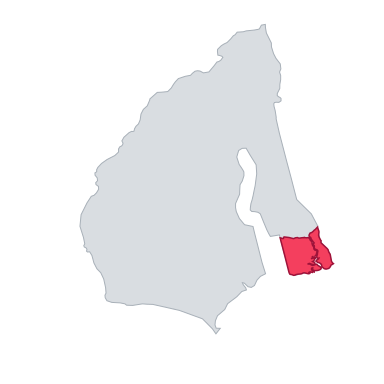 location of Ziguinchor within Senegal, rotated 255°
{"feature_id": "SEN-775", "entity_name": "Ziguinchor", "entity_type": "Region", "adm_level": 1, "iso_a3": "SEN", "parent_name": "Senegal", "parent_adm1": "", "projection": "natural_earth1", "projection_center": [-16.415, 12.748], "detail": "fine", "context": "in_parent", "style": "filled", "palette": "rose", "viewbox_px": 384, "rotation_deg": 255, "n_neighbors": 0, "source": "natural_earth", "source_scale": "10m", "svg_char_len": 5731}
<svg xmlns="http://www.w3.org/2000/svg" viewBox="0 0 384 384"><g transform="rotate(255 192 192)"><path d="M292.8,175.4L297.2,184.2L296.3,188.4L295.3,194.5L297.8,198.9L300.7,201.9L302.8,204.5L305.1,208.2L305.5,215.5L305.1,220.8L306.6,223.2L307.9,226.2L307.7,228.7L306.8,231.0L304.1,233.9L303.6,239.4L308.2,246.0L311.1,249.7L311.1,251.7L311.9,254.0L314.1,256.7L315.4,256.0L316.8,253.9L317.5,252.4L321.4,253.0L323.2,253.7L325.7,258.1L326.6,260.9L327.3,264.6L329.9,269.1L332.2,272.3L332.7,274.3L334.7,277.0L333.5,283.0L333.6,286.0L332.3,294.1L332.0,297.9L332.1,299.3L335.2,302.2L334.9,306.2L331.8,305.5L326.3,305.0L315.4,307.2L311.6,306.3L304.5,306.6L299.4,307.7L292.9,310.4L287.9,309.7L285.2,307.6L281.6,307.8L277.5,306.7L273.2,304.7L269.3,303.6L265.1,299.9L263.1,299.3L261.7,300.2L260.5,301.5L259.3,302.2L257.0,301.6L256.1,299.1L256.9,296.6L257.1,294.8L256.0,293.8L253.4,293.4L249.2,293.4L242.5,292.7L240.9,292.2L225.9,291.6L210.3,291.5L197.0,291.4L180.3,291.4L168.6,291.3L157.6,291.2L149.1,296.2L140.0,301.6L127.6,304.4L113.4,303.3L108.9,304.1L104.2,306.5L100.8,308.2L95.9,309.3L89.6,308.4L87.0,308.9L85.4,306.5L83.6,302.5L84.8,299.6L88.6,297.8L94.4,295.3L97.4,296.6L99.2,296.6L99.5,295.1L99.0,294.2L94.6,292.1L92.3,289.3L90.5,291.0L88.8,294.4L87.5,295.4L85.5,296.4L84.4,294.0L83.9,291.8L84.8,290.0L84.4,280.2L84.9,274.9L84.6,270.3L87.4,267.3L90.0,265.5L100.1,265.3L109.5,265.1L118.6,265.2L127.9,265.3L128.8,256.2L131.7,255.4L136.1,254.5L144.2,253.4L153.3,252.3L155.3,250.5L156.8,247.5L157.7,244.7L159.6,243.6L162.2,244.5L165.5,245.9L169.0,248.1L172.9,250.2L175.6,251.5L181.9,254.7L192.8,259.2L201.7,261.0L212.5,257.7L220.3,255.6L221.2,251.7L220.0,247.8L214.2,244.3L206.3,244.7L203.9,245.6L200.2,246.8L198.0,247.3L194.3,246.4L189.6,243.4L186.6,240.3L182.4,238.9L177.5,237.4L169.6,231.1L165.5,230.0L161.6,229.7L154.1,230.9L146.8,234.3L142.9,242.0L135.6,241.8L120.1,241.6L105.8,241.4L94.0,241.9L92.8,236.3L90.0,231.9L85.5,228.1L84.5,224.6L86.0,221.6L90.4,219.0L91.4,217.2L89.1,217.5L85.6,219.1L83.3,219.2L83.0,214.4L79.2,208.1L74.9,197.5L70.0,193.2L65.9,184.6L61.6,181.3L57.6,179.8L54.2,180.1L53.0,184.0L48.8,178.4L54.6,176.3L66.8,169.3L81.0,149.0L93.6,125.0L95.3,119.4L96.8,115.1L97.8,105.3L99.6,99.5L101.3,98.3L103.5,93.9L106.1,86.0L109.0,81.7L112.3,80.8L114.8,81.2L116.6,82.8L122.0,83.8L130.8,84.2L137.6,83.0L142.4,80.3L148.8,78.9L156.6,78.9L160.7,77.7L161.1,75.5L162.2,74.8L163.8,75.7L165.3,75.3L166.8,73.7L168.2,73.6L169.7,75.0L176.2,75.4L187.9,74.9L198.8,79.0L208.7,87.8L213.9,93.6L214.2,96.6L215.9,99.5L218.8,102.5L221.6,103.1L224.0,101.2L225.9,101.4L227.4,103.7L230.2,104.1L233.3,102.7L235.6,103.2L236.0,104.6L236.5,105.3L238.1,105.6L240.1,107.4L243.0,112.0L245.4,118.5L247.2,126.9L249.6,131.4L252.6,132.2L254.3,133.9L254.7,135.9L255.6,137.2L257.0,138.0L259.5,137.5L262.5,140.4L265.6,146.5L266.2,149.3L265.7,150.7L265.9,151.8L268.0,152.9L270.0,154.9L271.6,157.9L275.1,160.6L280.5,162.9L284.4,166.4L286.8,171.1L291.8,175.0L292.8,175.4Z" fill="#d9dde1" stroke="#a8b0b8" stroke-width="1"/><path d="M88.8,264.9L90.8,264.9L98.5,265.0L105.6,265.1L115.9,265.2L121.9,265.2L124.9,265.3L124.5,266.1L123.7,267.2L123.5,267.8L123.5,268.3L123.8,268.5L124.1,268.6L124.5,268.8L124.7,269.1L124.7,269.5L122.9,274.0L120.8,277.8L120.7,278.4L120.8,279.0L121.0,279.9L120.9,280.5L120.8,281.6L120.7,282.0L120.6,282.3L120.1,282.8L119.8,283.2L119.7,283.5L119.3,286.9L119.1,287.4L119.1,288.1L119.1,288.6L118.8,288.6L118.8,289.0L118.3,290.3L118.1,290.7L117.9,292.5L116.6,293.5L114.7,293.8L114.2,294.1L113.2,294.8L112.9,295.0L112.4,294.9L111.3,294.6L109.6,294.6L109.0,294.7L108.1,295.1L107.7,295.3L107.1,295.3L105.6,295.0L105.1,295.1L104.4,295.6L104.0,295.7L103.9,296.0L103.6,296.5L103.3,297.2L102.9,297.5L101.0,296.8L99.4,295.8L98.7,295.1L98.4,294.4L98.2,294.3L97.8,294.1L97.4,293.9L97.1,293.5L97.2,292.9L97.5,292.4L97.9,292.1L98.4,292.0L98.4,291.6L97.7,291.6L97.2,291.1L97.0,290.5L96.8,289.7L96.5,294.2L96.1,294.2L95.5,293.3L93.8,291.6L93.6,290.5L93.1,291.0L92.7,291.6L92.3,292.1L91.5,292.3L91.0,292.2L90.6,291.8L90.4,291.2L90.5,290.5L91.1,289.1L92.0,288.0L92.7,286.8L92.4,284.9L92.2,286.3L92.0,286.8L91.8,287.2L91.6,287.5L91.4,287.6L90.4,288.6L90.0,289.2L89.8,289.9L89.8,291.0L90.1,292.9L90.0,293.8L88.6,294.5L86.6,296.5L85.0,297.1L84.2,296.5L83.8,295.1L83.7,293.3L84.0,291.3L84.7,289.4L85.9,288.4L87.5,289.0L87.6,288.2L87.0,287.6L86.0,287.4L85.2,287.7L84.2,289.0L83.7,289.5L83.1,289.3L83.4,288.9L83.5,288.4L83.4,287.9L83.1,287.5L84.1,285.9L84.3,285.1L84.1,284.1L83.7,284.1L83.5,284.7L83.2,285.0L82.9,284.8L82.8,284.0L82.9,283.3L83.2,282.6L84.8,279.8L85.0,279.1L85.0,278.4L84.7,277.1L84.7,276.5L84.8,275.4L85.2,273.1L85.3,271.6L85.3,270.8L85.1,270.3L85.1,269.0L85.3,268.4L85.6,268.0L86.3,267.2L86.5,266.6L87.2,265.3L88.8,264.9ZM121.4,304.4L120.5,304.3L117.6,303.1L115.9,303.0L112.4,303.7L112.1,303.8L111.9,304.0L111.7,304.1L111.3,304.0L110.3,303.6L109.8,303.5L109.3,303.6L106.1,305.6L102.4,307.9L101.0,308.5L98.6,308.6L96.2,309.3L95.3,309.3L89.0,308.8L87.3,309.3L86.2,310.1L85.9,309.4L85.7,308.7L85.5,307.6L85.2,307.2L84.5,306.7L83.4,305.5L83.0,304.8L82.8,304.1L82.8,301.8L82.9,301.3L83.3,300.9L83.4,300.4L83.8,299.8L86.1,298.2L87.1,298.2L88.6,298.3L90.1,297.2L90.6,296.7L90.9,296.3L91.1,295.8L91.4,295.3L93.2,293.8L94.0,294.9L94.7,297.0L95.3,297.5L95.4,296.6L95.8,296.0L96.7,295.7L97.6,295.9L99.1,296.9L100.5,297.4L102.1,298.2L102.9,298.3L103.8,297.8L104.9,296.2L105.7,295.7L106.8,295.7L107.8,296.1L108.7,296.2L109.7,295.5L110.3,295.2L110.6,295.7L110.9,296.4L111.2,296.8L114.8,295.3L115.6,295.0L116.8,295.0L117.5,294.7L118.1,294.2L118.8,293.8L119.8,293.8L120.6,294.3L121.8,295.5L121.8,295.8L121.9,297.2L122.6,298.8L123.5,300.2L123.9,301.4L125.4,303.8L125.6,304.2L125.1,304.1L121.4,304.4Z" fill="#f43f5e" stroke="#9f1239" stroke-width="1.5"/></g></svg>